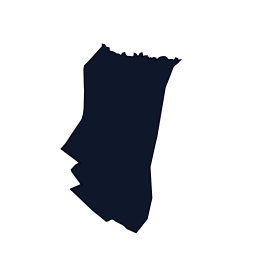 Lapão, Bahia, Brazil, rotated 220°
{"feature_id": "56859067B74000999905797", "entity_name": "Lapão", "entity_type": "district", "adm_level": 2, "iso_a3": "BRA", "parent_name": "Brazil", "parent_adm1": "Bahia", "projection": "natural_earth1", "projection_center": [-41.751, -11.522], "detail": "fine", "context": "isolated", "style": "filled", "palette": "ink", "viewbox_px": 256, "rotation_deg": 220, "n_neighbors": 0, "source": "geoboundaries", "source_scale": "gbopen_adm2", "svg_char_len": 1558}
<svg xmlns="http://www.w3.org/2000/svg" viewBox="0 0 256 256"><g transform="rotate(220 128 128)"><path d="M165.6,69.2L146.7,70.3L142.2,70.3L142.9,68.9L143.6,67.4L144.1,65.9L144.3,62.9L144.5,59.8L142.8,58.7L127.2,54.9L129.4,50.6L132.5,44.4L123.9,43.9L115.3,43.3L101.7,42.5L84.7,42.8L83.8,44.2L83.2,45.7L82.6,47.3L81.7,48.4L80.1,48.9L78.7,49.0L77.3,49.0L76.0,49.4L74.7,49.6L73.0,50.1L71.7,50.4L70.1,50.7L67.9,51.0L65.9,50.7L63.9,50.6L62.2,51.1L54.7,53.2L55.2,70.7L64.9,89.5L83.3,109.0L86.3,112.2L88.2,115.9L89.0,117.4L92.3,123.7L99.8,138.2L100.6,139.9L115.6,165.5L125.8,182.9L130.8,197.8L133.0,204.1L131.9,211.0L131.8,213.5L133.1,211.7L134.6,212.9L136.3,212.3L135.8,209.0L137.7,208.9L138.9,208.1L140.1,206.6L141.9,206.0L143.4,206.5L145.2,206.3L146.8,205.2L148.0,203.8L149.0,202.2L149.3,199.9L150.3,197.5L151.5,199.2L153.4,198.5L154.2,196.4L155.6,196.3L156.6,194.0L157.7,195.3L158.7,194.0L159.7,195.4L161.0,194.2L162.1,192.8L163.2,191.7L164.0,193.3L165.6,194.3L166.4,192.9L166.0,190.6L166.3,189.1L167.8,189.1L169.4,189.6L170.9,189.1L169.3,186.7L170.3,185.0L171.8,184.3L173.6,182.9L175.1,181.9L176.9,182.2L179.0,183.4L180.1,181.7L179.6,180.1L180.2,178.4L182.5,178.5L184.3,177.2L187.0,176.8L188.8,176.3L190.3,175.4L192.1,175.0L194.1,177.0L195.5,176.3L196.6,175.5L198.0,176.2L199.5,176.5L201.3,175.7L199.8,174.0L200.7,151.8L201.0,149.8L201.1,147.7L199.2,144.6L187.5,131.4L185.6,129.5L175.1,116.3L174.1,115.1L173.2,113.7L171.1,110.5L168.7,105.4L168.4,103.6L167.3,92.9L166.4,84.8L165.4,75.6L165.6,69.2Z" fill="#0f172a" stroke="#020617" stroke-width="1.5"/></g></svg>